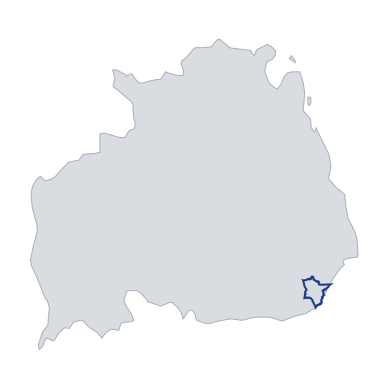 Thma Puok, Bântéay Méanchey, Cambodia (highlighted), rotated 178°
{"feature_id": "14789045B61404286718051", "entity_name": "Thma Puok", "entity_type": "district", "adm_level": 2, "iso_a3": "KHM", "parent_name": "Cambodia", "parent_adm1": "Bântéay Méanchey", "projection": "robinson", "projection_center": [103.024, 14.034], "detail": "fine", "context": "in_parent", "style": "outline", "palette": "blue", "viewbox_px": 384, "rotation_deg": 178, "n_neighbors": 0, "source": "geoboundaries", "source_scale": "gbopen_adm2", "svg_char_len": 5792}
<svg xmlns="http://www.w3.org/2000/svg" viewBox="0 0 384 384"><g transform="rotate(178 192 192)"><path d="M350.0,40.1L351.0,44.0L348.5,51.4L345.7,58.1L340.6,63.9L340.3,68.2L338.6,81.1L339.3,85.1L340.5,88.6L342.2,90.5L346.8,103.1L350.9,114.5L355.0,123.8L355.8,129.8L352.1,144.8L347.8,158.6L348.2,165.5L350.1,172.4L352.1,181.5L352.9,193.3L351.9,200.9L349.9,205.7L346.2,210.6L343.0,213.1L339.0,208.9L335.9,208.7L331.7,210.0L328.4,211.9L321.7,219.0L314.3,226.0L304.0,227.8L300.0,232.9L295.7,233.7L287.6,233.9L282.3,235.1L282.5,237.7L282.1,250.0L282.2,252.9L281.4,253.6L277.7,254.0L271.5,252.1L263.0,249.1L257.0,248.6L253.9,253.9L252.1,256.0L249.8,256.4L247.4,257.3L246.6,259.7L246.4,262.7L247.6,267.8L248.1,275.9L247.8,281.4L250.0,284.9L262.9,296.6L266.8,299.6L267.2,301.3L265.0,307.7L267.0,316.7L263.0,316.6L256.2,312.7L253.0,310.3L249.0,312.2L247.7,311.9L245.0,307.4L241.6,302.9L238.0,302.6L230.5,304.4L222.8,305.7L219.9,305.6L218.7,306.5L214.2,313.2L212.3,312.0L204.6,309.5L197.5,308.5L196.0,310.2L196.9,315.7L198.5,321.0L197.6,323.3L193.7,326.1L188.6,331.2L185.4,335.1L183.2,336.1L175.4,335.9L167.6,336.5L164.5,340.2L161.6,343.1L159.1,343.9L148.9,334.7L128.6,331.5L126.4,327.4L124.5,326.6L122.6,331.9L111.5,336.9L106.9,333.9L103.5,330.2L104.0,325.6L107.2,321.9L112.7,319.3L115.2,310.0L111.0,298.1L107.3,294.6L103.5,291.8L99.4,296.3L95.9,303.9L92.4,307.8L87.3,308.6L79.9,308.3L77.0,297.0L76.0,287.3L77.1,276.2L78.2,269.6L71.0,260.6L70.6,252.0L67.2,247.5L66.2,249.8L66.3,252.2L65.3,250.4L54.0,225.1L52.2,213.4L54.1,204.4L55.2,201.3L52.0,196.6L47.4,191.2L39.4,184.1L38.8,172.9L37.0,159.7L34.6,155.2L30.9,147.1L28.9,140.4L28.2,122.6L29.3,121.1L35.0,120.6L42.3,119.3L43.5,116.4L42.2,114.1L46.9,110.0L53.6,101.2L58.8,92.0L62.5,86.1L64.8,80.3L72.3,72.1L82.7,66.5L89.8,65.2L97.2,63.2L104.2,60.5L107.6,60.2L116.3,63.5L121.0,64.4L126.0,64.4L131.2,64.7L135.7,64.4L146.4,62.0L157.8,63.9L167.9,62.4L180.5,59.8L186.7,61.4L192.3,64.1L193.1,69.5L194.4,72.0L196.3,73.9L198.8,73.9L202.0,70.1L204.7,66.2L205.5,65.5L205.7,67.4L207.0,71.7L209.4,75.8L211.9,78.6L215.9,82.3L218.5,82.4L227.1,79.0L240.0,84.0L241.5,86.5L245.7,91.7L250.3,95.4L260.3,95.6L263.9,86.5L262.1,81.0L256.4,71.4L254.8,65.7L256.6,64.7L266.3,63.7L267.9,62.6L270.0,56.3L272.7,57.0L278.0,57.8L283.7,53.6L287.1,49.1L288.9,51.2L291.0,54.3L293.2,56.1L297.3,58.8L301.8,62.6L304.6,66.3L306.9,67.8L312.6,66.7L314.2,66.9L317.5,62.4L319.8,59.9L321.8,60.6L324.8,60.5L330.7,54.8L334.2,49.5L336.0,48.1L341.5,50.7L343.6,50.2L346.7,43.0L350.0,40.1ZM73.2,282.1L72.1,282.7L71.0,282.7L70.0,281.7L70.1,277.6L70.9,275.1L72.7,274.6L73.2,282.1ZM90.1,322.1L87.9,324.9L84.2,319.2L84.3,317.6L90.1,322.1Z" fill="#d9dde1" stroke="#a8b0b8" stroke-width="1"/><path d="M83.0,94.4L82.7,93.6L82.3,92.8L81.6,91.6L81.0,90.5L80.9,90.2L81.0,90.0L81.1,89.9L81.4,89.8L81.5,89.7L81.7,89.4L81.9,89.3L82.0,89.1L82.1,88.9L82.4,88.3L82.4,88.2L82.5,87.5L82.5,87.3L82.5,87.1L82.4,87.0L82.0,86.5L81.9,86.3L81.9,86.2L82.1,85.9L82.3,85.8L82.6,85.6L82.7,85.4L82.8,85.0L82.8,84.8L82.9,84.7L82.9,84.4L82.8,84.2L83.0,83.8L83.1,83.5L83.3,82.9L83.3,82.7L83.4,82.4L83.4,82.2L83.2,82.3L82.9,82.4L82.7,82.3L82.5,82.2L82.5,82.3L82.2,82.4L82.1,82.5L81.9,82.6L81.7,82.5L81.4,82.5L81.2,82.4L80.9,82.3L80.8,82.2L80.6,82.1L80.3,82.1L80.2,82.4L79.8,82.1L79.7,82.1L79.3,82.2L79.3,82.3L79.2,82.3L78.8,82.2L78.7,82.2L78.4,82.1L78.1,82.3L78.0,82.2L77.9,82.1L77.7,81.9L77.4,81.8L77.2,81.8L77.2,81.7L76.9,81.4L76.7,81.2L76.5,80.9L76.4,80.8L76.3,80.7L76.2,80.7L75.7,80.3L75.7,80.2L75.4,79.9L75.4,79.7L75.3,79.4L75.3,79.1L75.3,78.9L75.2,78.9L75.2,78.7L75.1,78.4L72.4,72.3L72.3,72.5L72.4,73.0L72.1,73.4L71.8,73.8L71.7,73.9L71.6,73.7L71.4,73.7L71.2,73.7L71.1,74.0L70.9,74.3L70.7,74.4L70.4,74.8L70.2,74.9L69.9,74.9L69.7,74.9L69.4,74.8L69.1,75.0L69.0,74.9L68.9,75.0L68.7,75.1L68.4,75.1L68.2,75.0L67.9,75.1L67.7,75.2L67.5,75.3L67.4,75.4L67.4,75.5L67.6,75.8L67.7,76.0L67.4,76.1L67.2,76.1L66.6,76.2L66.6,76.3L66.7,76.5L66.7,76.8L66.6,77.0L66.2,77.3L66.0,77.5L66.3,77.9L66.4,78.0L66.5,78.3L66.5,78.5L66.6,78.8L66.7,79.2L66.7,79.3L66.7,79.5L66.5,79.8L66.4,80.0L66.2,80.2L66.1,80.3L65.9,80.5L65.7,80.7L65.7,81.0L65.7,81.4L65.7,81.5L65.7,81.8L65.7,82.0L65.7,82.3L65.6,82.5L65.4,82.6L65.5,82.7L65.3,82.9L65.1,83.0L64.9,83.3L64.7,83.3L64.6,83.5L64.5,83.8L64.4,83.8L64.3,84.0L64.2,84.1L64.3,84.3L64.3,84.6L64.3,84.9L64.3,85.0L64.2,85.0L64.3,85.1L64.3,85.3L64.2,85.3L64.2,85.5L64.2,85.8L64.1,86.1L64.1,86.3L64.2,86.6L64.2,86.9L64.3,87.0L64.4,87.3L64.3,87.5L64.5,87.8L64.6,88.0L64.7,88.3L64.7,88.5L64.9,88.6L64.9,88.8L64.7,88.8L64.4,88.9L64.2,89.0L64.0,89.3L63.8,89.5L63.8,89.4L63.6,89.4L63.4,89.3L63.2,89.3L63.0,89.7L62.7,89.8L62.3,89.7L62.2,89.7L62.0,89.9L61.0,91.0L59.0,92.5L58.8,93.0L58.7,93.3L58.5,93.6L58.2,94.0L57.9,94.1L57.6,94.4L56.9,94.8L65.0,94.8L65.8,94.8L66.6,94.9L67.0,95.1L67.6,95.0L67.8,95.3L68.0,95.4L68.2,95.6L68.2,95.8L68.3,96.0L68.4,96.3L68.4,96.5L68.5,96.4L68.5,96.5L68.6,96.8L68.5,97.1L68.6,97.3L68.6,97.5L68.8,97.7L68.8,97.8L69.0,97.8L69.0,98.0L69.2,98.3L69.3,98.4L69.6,98.3L70.2,98.5L70.3,98.4L70.3,98.2L70.5,98.2L70.9,98.3L71.1,98.3L71.2,98.5L71.3,98.8L71.4,99.0L71.6,99.1L71.8,99.2L71.9,99.3L72.1,99.4L72.4,99.7L72.9,99.9L73.4,100.0L73.5,100.1L73.5,100.3L73.6,100.5L73.6,102.0L73.6,102.5L73.7,102.8L74.0,102.9L74.1,103.0L74.2,102.8L74.4,102.4L74.6,102.5L74.8,102.6L75.0,102.6L75.3,102.8L75.3,102.6L75.6,102.6L75.7,102.3L75.7,102.0L75.8,101.8L75.8,101.3L75.9,101.2L76.0,101.3L76.2,101.5L76.4,101.5L76.5,101.5L76.6,101.4L76.7,100.7L76.8,100.7L76.8,100.8L77.0,101.0L77.3,101.2L77.5,101.2L78.1,100.7L78.3,100.6L78.5,100.8L78.7,101.0L78.9,101.1L79.5,101.1L79.7,100.9L79.8,100.8L79.8,100.7L80.1,100.5L80.2,100.4L80.5,100.2L81.2,100.0L81.9,99.9L82.5,99.8L83.3,99.7L83.6,99.6L83.9,99.6L84.1,99.7L84.0,99.4L83.8,98.7L83.6,98.1L83.0,95.0L83.0,94.7L83.0,94.4Z" fill="none" stroke="#1e3a8a" stroke-width="2"/></g></svg>